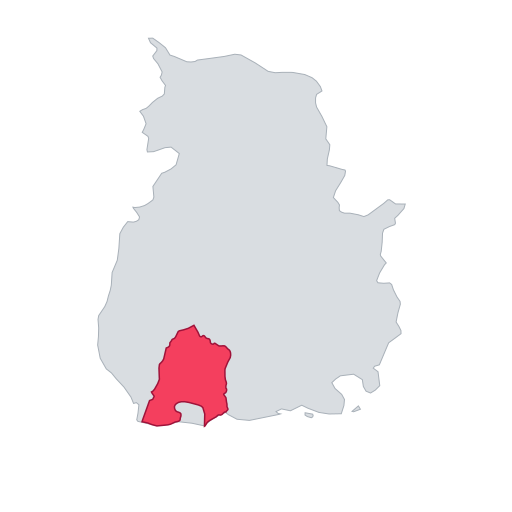 where Batdâmbâng sits in Cambodia, rotated 285°
{"feature_id": "KHM-1778", "entity_name": "Batdâmbâng", "entity_type": "Province", "adm_level": 1, "iso_a3": "KHM", "parent_name": "Cambodia", "parent_adm1": "", "projection": "albers", "projection_center": [103.119, 12.947], "detail": "fine", "context": "in_parent", "style": "filled", "palette": "rose", "viewbox_px": 512, "rotation_deg": 285, "n_neighbors": 0, "source": "natural_earth", "source_scale": "10m", "svg_char_len": 4938}
<svg xmlns="http://www.w3.org/2000/svg" viewBox="0 0 512 512"><g transform="rotate(285 256 256)"><path d="M438.5,95.8L439.7,99.9L436.8,107.7L433.7,114.7L427.8,120.9L427.6,125.4L425.7,138.9L426.6,143.1L428.1,146.8L430.1,148.7L435.5,161.7L440.5,173.6L445.4,183.3L446.3,189.5L442.3,205.3L437.5,219.9L438.0,227.1L440.3,234.2L442.8,243.8L443.9,256.1L442.7,264.1L440.5,269.1L436.3,274.3L432.5,277.0L427.8,272.7L424.2,272.6L419.3,273.9L415.5,276.0L407.8,283.6L399.2,291.0L387.2,293.1L382.6,298.5L377.6,299.4L368.1,299.8L361.9,301.1L362.2,303.8L361.9,316.7L362.1,319.7L361.1,320.5L356.8,320.9L349.5,319.0L339.6,316.0L332.5,315.6L329.0,321.2L326.9,323.4L324.2,323.8L321.4,324.8L320.5,327.3L320.3,330.4L321.7,335.7L322.3,344.2L322.0,350.0L324.7,353.6L339.9,365.8L344.4,368.8L344.9,370.6L342.4,377.3L344.8,386.7L340.1,386.6L332.1,382.6L328.3,380.2L323.8,382.2L322.2,381.9L319.0,377.3L314.9,372.6L310.8,372.3L302.0,374.3L293.0,375.7L289.6,375.7L288.2,376.5L283.0,383.6L280.8,382.4L271.7,379.8L263.4,378.9L261.7,380.7L262.7,386.4L264.6,392.0L263.6,394.4L259.0,397.4L253.0,402.7L249.4,406.9L246.8,407.9L237.7,407.8L228.5,408.4L224.9,412.3L221.5,415.3L218.5,416.2L206.5,406.6L182.8,403.3L180.2,399.1L178.0,398.3L175.8,403.8L162.8,409.1L157.3,405.9L153.3,402.1L153.9,397.3L157.7,393.5L164.1,390.7L167.1,380.9L162.1,368.5L157.8,364.8L153.3,362.0L148.5,366.6L144.5,374.6L140.3,378.6L134.4,379.6L125.7,379.2L122.3,367.4L121.2,357.2L122.4,345.6L123.7,338.8L115.4,329.3L114.9,320.2L110.9,315.6L109.7,317.9L109.8,320.5L108.7,318.7L95.5,292.2L93.4,279.9L95.6,270.4L97.0,267.2L93.2,262.3L87.9,256.6L78.5,249.2L77.9,237.4L75.8,223.6L73.0,218.9L68.7,210.4L66.4,203.4L65.7,184.7L66.9,183.2L73.5,182.7L82.0,181.4L83.4,178.4L81.9,175.9L87.4,171.7L95.2,162.4L101.2,152.8L105.6,146.7L108.2,140.6L116.9,132.0L129.0,126.1L137.2,124.7L145.7,122.7L153.9,119.8L157.8,119.5L167.9,123.0L173.4,123.9L179.2,123.8L185.1,124.1L190.3,123.8L202.8,121.3L216.0,123.1L227.7,121.6L242.3,118.7L249.5,120.4L256.0,123.2L257.0,128.8L258.5,131.4L260.7,133.4L263.6,133.4L267.3,129.4L270.3,125.3L271.3,124.5L271.5,126.5L273.1,130.9L275.9,135.3L278.7,138.1L283.5,141.9L286.5,142.1L296.5,138.4L311.5,143.5L313.2,146.1L318.1,151.4L323.4,155.2L335.1,155.4L339.2,145.8L337.1,140.1L330.3,130.1L328.4,124.2L330.5,123.1L341.8,121.9L343.6,120.7L346.0,114.1L349.1,114.8L355.3,115.6L361.9,111.1L365.7,106.3L367.9,108.4L370.2,111.7L372.8,113.6L377.6,116.3L382.9,120.2L386.2,124.1L388.8,125.5L395.5,124.3L397.3,124.5L401.1,119.7L403.8,117.1L406.1,117.8L409.5,117.7L416.3,111.5L420.2,106.0L422.4,104.5L428.7,107.1L431.2,106.5L434.7,98.9L438.5,95.8ZM117.9,351.7L116.6,352.5L115.3,352.4L114.1,351.3L114.2,347.1L115.1,344.5L117.3,344.0L117.9,351.7ZM137.7,393.7L135.0,396.5L130.8,390.6L130.8,389.0L137.7,393.7Z" fill="#d9dde1" stroke="#a8b0b8" stroke-width="1"/><path d="M97.5,267.3L97.4,266.5L96.6,265.6L94.3,264.3L93.3,263.2L93.1,262.7L93.0,261.4L92.7,260.8L92.2,260.3L90.4,259.2L84.9,253.6L82.7,252.0L78.6,250.7L78.2,250.3L79.7,249.9L90.1,247.4L95.8,243.9L96.8,242.0L97.2,238.9L97.2,229.2L96.8,224.8L95.9,221.6L94.6,219.1L92.8,217.3L91.1,216.4L89.4,216.2L87.9,216.7L86.4,217.7L85.4,219.1L85.1,220.3L85.1,221.7L84.8,223.3L84.1,224.3L82.9,224.7L81.9,224.9L79.8,224.8L77.9,225.1L76.6,224.3L75.9,223.3L74.8,221.0L71.5,217.1L70.1,214.6L66.3,204.5L66.2,204.3L66.2,199.1L66.7,194.6L66.4,189.0L66.4,188.8L68.4,188.9L88.8,190.6L90.8,193.3L93.6,193.9L94.2,193.9L95.8,192.1L96.4,191.3L97.6,190.2L98.8,191.4L101.1,192.5L107.3,194.1L112.0,194.6L113.1,194.2L122.6,191.3L126.2,190.8L127.1,191.1L128.7,192.1L130.6,193.0L132.8,193.5L143.9,193.1L145.2,194.8L145.8,195.2L146.4,195.6L147.5,195.8L149.9,195.3L152.3,196.3L153.4,196.5L153.8,196.7L154.1,197.0L155.0,198.2L155.4,198.6L156.1,198.9L157.1,199.3L162.9,200.4L163.9,201.3L165.9,205.1L168.6,209.3L173.0,214.0L167.3,219.7L164.4,222.0L164.1,222.3L163.8,222.7L163.7,223.3L163.8,224.0L164.2,224.5L164.5,224.8L165.0,225.1L165.4,225.5L165.6,226.1L165.4,226.9L164.1,228.6L163.8,229.3L163.7,230.2L163.7,230.7L163.8,231.3L163.8,231.9L163.6,232.5L163.0,233.2L162.5,233.5L162.0,233.8L160.5,234.4L160.3,234.6L160.0,235.0L159.7,235.7L159.6,236.7L159.7,237.4L160.1,237.9L160.6,238.1L160.8,238.2L160.9,238.3L161.0,238.5L161.0,238.8L161.0,239.2L159.6,243.2L159.6,243.8L160.1,245.7L160.5,246.7L161.0,248.6L161.0,248.9L161.0,249.2L160.5,250.4L159.0,252.7L158.9,253.0L158.2,254.6L157.7,255.2L157.0,255.8L155.8,256.5L153.7,257.2L151.2,257.4L146.2,256.2L139.2,255.3L137.7,255.5L131.6,257.2L128.5,258.5L126.8,259.7L125.5,260.4L124.7,260.5L122.7,260.5L121.3,260.9L120.7,261.1L120.4,261.3L120.1,261.8L119.6,262.1L119.1,262.3L118.4,262.4L117.8,262.4L117.3,262.4L116.9,262.3L116.0,262.0L115.1,261.1L114.6,260.7L114.1,260.6L113.8,260.7L112.4,262.4L111.6,263.4L111.0,263.8L107.1,265.4L105.8,266.1L104.7,266.5L104.0,266.7L103.3,266.8L102.7,267.2L101.4,268.2L100.9,268.5L100.5,268.6L100.2,268.5L99.9,268.4L99.7,268.3L99.3,268.0L97.5,267.3Z" fill="#f43f5e" stroke="#9f1239" stroke-width="1.5"/></g></svg>